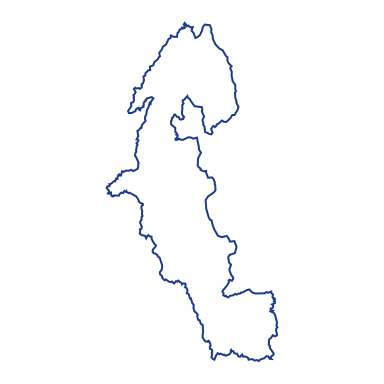 the district of Dien Bien, Điện Biên, Vietnam
{"feature_id": "81297802B1284717956892", "entity_name": "Dien Bien", "entity_type": "district", "adm_level": 2, "iso_a3": "VNM", "parent_name": "Vietnam", "parent_adm1": "Điện Biên", "projection": "equal_earth", "projection_center": [103.057, 21.255], "detail": "fine", "context": "isolated", "style": "outline", "palette": "blue", "viewbox_px": 384, "rotation_deg": 0, "n_neighbors": 0, "source": "geoboundaries", "source_scale": "gbopen_adm2", "svg_char_len": 6022}
<svg xmlns="http://www.w3.org/2000/svg" viewBox="0 0 384 384"><path d="M209.8,25.2L204.8,24.6L202.7,27.3L202.1,30.5L200.0,34.9L197.5,37.1L195.3,37.9L193.6,33.0L191.5,30.6L192.7,27.1L190.3,27.3L188.3,25.5L186.5,26.4L186.3,24.9L184.7,23.0L183.9,24.4L184.7,24.7L184.1,26.7L184.5,28.1L182.4,28.6L181.9,27.8L181.2,29.1L179.7,29.5L178.8,31.9L177.6,32.8L176.9,36.9L173.3,36.7L170.9,35.5L170.5,38.1L168.5,39.0L166.1,44.4L162.8,46.8L161.7,49.7L159.2,53.0L160.0,56.3L158.9,57.2L157.7,59.4L154.5,61.9L153.2,65.4L149.9,66.6L150.2,70.2L148.3,70.3L145.4,73.3L145.4,75.5L143.4,76.5L144.0,80.2L142.9,83.5L141.5,84.4L142.0,86.5L141.3,87.9L139.8,88.9L139.3,88.2L136.5,88.4L135.2,87.7L133.9,88.9L135.6,92.1L134.3,94.6L133.4,95.2L134.0,97.1L133.6,97.7L134.0,99.8L133.7,101.2L133.0,102.3L131.1,102.9L131.3,106.3L128.1,110.9L128.9,113.0L131.7,113.0L135.3,111.2L136.2,109.1L138.5,107.8L139.5,110.1L140.1,110.3L140.6,108.2L143.5,106.8L143.2,105.8L143.8,104.8L143.6,103.3L144.5,101.6L145.6,101.2L145.6,99.9L146.3,99.8L146.9,98.4L151.7,97.1L153.4,98.3L150.9,101.9L150.6,103.8L149.7,103.0L148.5,107.1L147.0,109.9L146.2,114.9L145.2,116.2L145.0,119.2L145.6,120.8L142.1,124.7L141.4,128.0L140.5,127.9L138.9,130.1L137.4,130.9L138.3,136.0L136.7,139.3L137.6,139.3L138.4,140.4L138.0,141.6L136.5,143.1L137.6,144.8L136.6,146.3L136.5,148.8L136.0,149.7L136.3,151.7L135.5,152.9L135.0,155.8L136.0,156.9L138.7,163.0L138.1,164.1L138.4,165.5L137.7,168.8L133.3,171.1L131.1,169.8L129.3,170.7L125.8,170.6L123.8,171.9L122.1,171.2L121.0,175.5L119.9,175.6L119.3,174.4L118.5,174.8L117.6,176.8L117.5,178.9L116.0,178.8L115.3,181.2L114.3,181.0L111.1,183.7L109.3,184.2L109.8,185.2L109.4,186.2L107.5,186.3L106.6,187.9L109.3,191.3L107.9,193.5L109.0,193.8L111.0,192.7L111.4,195.6L112.2,196.4L113.3,195.8L113.7,196.2L114.4,195.4L118.8,195.7L119.7,193.9L121.3,192.6L123.1,193.0L124.3,191.0L125.5,191.8L126.3,191.0L126.5,191.8L128.6,193.1L129.5,192.7L136.0,196.2L137.8,198.7L139.4,202.3L142.8,203.8L143.0,204.9L141.7,205.8L141.4,206.9L141.4,208.7L142.2,210.9L141.9,214.5L142.6,215.9L141.6,217.1L141.6,219.3L140.0,222.3L141.9,227.0L141.3,228.9L139.9,229.4L140.2,232.0L139.7,233.6L141.7,235.1L144.9,235.8L146.2,238.3L147.3,235.8L148.4,235.1L149.5,236.4L151.5,236.6L151.6,238.7L152.5,240.7L154.4,244.0L155.8,245.0L155.7,246.4L152.9,249.6L152.6,251.6L153.6,253.2L155.2,253.5L157.6,255.3L157.8,256.6L159.6,257.6L162.1,265.0L162.2,267.0L161.6,270.0L160.0,272.0L159.7,273.1L160.3,274.7L161.9,275.8L162.3,277.9L164.6,280.3L165.9,279.5L169.1,281.7L170.9,282.2L171.9,281.5L174.1,283.5L176.1,281.1L177.5,281.7L178.3,280.6L181.7,283.3L182.0,284.2L182.5,283.5L185.3,283.6L185.7,285.3L185.1,287.3L186.6,288.0L187.3,289.6L187.5,290.9L186.8,293.1L188.7,294.2L190.0,298.4L190.9,298.4L192.3,303.2L193.7,304.8L193.5,308.1L194.4,311.3L196.7,313.2L197.7,314.7L197.2,316.3L198.1,319.8L199.7,320.4L200.8,323.8L202.7,325.0L203.1,331.6L202.5,337.1L204.2,340.2L205.7,341.5L207.6,341.7L208.3,340.8L209.5,341.5L209.5,342.6L210.3,343.8L210.6,345.7L209.8,346.8L210.0,348.9L211.7,349.4L212.4,351.8L211.7,352.7L212.0,354.6L211.5,357.3L212.8,358.9L214.4,359.7L215.9,355.9L217.7,353.2L219.4,354.2L220.4,353.6L223.3,355.0L224.2,354.6L225.5,355.7L229.4,354.3L230.9,352.4L230.8,350.2L231.2,349.8L231.8,351.1L233.4,351.2L234.0,352.8L235.7,353.7L237.0,353.6L238.4,356.4L240.0,356.8L242.1,354.5L243.1,356.7L244.2,356.3L246.9,357.1L248.1,357.9L248.6,359.7L252.2,359.1L254.9,360.6L257.0,360.0L258.8,361.0L260.5,359.4L264.0,358.3L266.6,356.1L268.4,356.5L269.5,358.7L271.4,358.9L270.7,358.2L271.2,356.4L273.3,355.0L273.7,353.5L269.7,347.6L270.1,346.2L268.8,344.8L269.1,339.4L270.9,338.0L272.8,335.2L274.8,336.4L277.1,335.3L276.1,330.5L276.3,328.4L277.4,327.3L276.5,325.5L277.0,322.3L274.9,314.5L273.7,312.8L272.0,312.1L272.9,311.0L270.5,311.1L270.9,310.5L270.5,309.0L270.8,308.4L272.4,308.5L273.2,306.6L273.2,305.6L272.0,304.4L275.0,303.0L274.9,301.4L273.9,301.2L274.9,299.4L273.5,299.1L273.3,298.6L274.0,298.1L272.5,297.1L273.0,294.5L271.6,293.4L271.2,291.6L267.9,292.8L266.3,292.0L264.8,293.3L255.3,293.5L252.0,292.3L249.4,289.5L246.8,290.1L242.8,292.4L241.3,292.4L240.0,293.7L238.8,293.5L236.5,294.6L235.1,293.9L233.1,295.3L230.1,295.8L228.4,297.4L226.3,296.6L225.9,295.8L224.7,296.1L223.3,295.2L223.6,293.4L222.4,291.8L222.8,290.6L227.2,285.3L228.9,282.1L228.6,280.3L229.6,279.8L231.8,280.8L233.3,278.9L233.1,277.4L231.2,274.9L229.5,270.5L229.4,269.3L231.0,264.8L229.0,262.4L228.3,257.1L229.6,254.9L234.9,253.1L236.4,247.6L236.4,246.3L234.4,241.1L230.0,241.7L228.8,238.7L226.8,236.0L221.8,237.1L218.0,235.9L214.3,229.4L212.7,225.2L211.6,220.3L209.9,219.7L208.5,216.8L206.2,208.5L205.6,200.1L208.1,196.4L214.0,192.3L215.5,190.1L215.2,185.1L214.6,183.9L214.9,182.5L213.5,179.0L212.0,177.4L208.1,177.8L206.1,172.7L206.1,170.9L204.0,171.4L200.5,169.9L200.6,168.6L198.5,167.0L197.7,165.6L198.1,158.3L201.0,152.6L198.9,149.5L198.9,147.1L196.9,137.6L193.1,138.7L190.9,137.5L188.2,137.3L183.1,139.8L180.9,139.7L178.8,138.6L177.5,139.9L175.6,139.9L175.5,139.0L177.3,137.0L177.7,135.2L176.3,134.6L176.9,134.0L176.6,132.9L175.4,132.2L175.2,127.7L171.2,124.6L171.0,121.1L171.6,120.7L172.1,117.8L173.0,117.5L174.3,114.5L175.0,114.5L177.1,116.8L178.7,117.1L179.5,119.0L181.1,119.7L182.3,118.6L183.2,119.0L184.1,116.9L182.8,115.7L181.9,113.3L182.4,108.4L182.2,105.4L183.6,103.5L182.6,101.6L182.8,100.3L184.0,99.9L187.4,96.0L188.0,97.8L190.1,99.3L190.5,100.6L194.6,106.2L201.9,107.2L202.3,109.7L201.8,111.4L204.1,116.6L202.6,119.4L202.6,120.9L203.3,122.9L203.2,124.6L204.5,126.4L205.0,131.8L209.4,133.9L211.5,134.3L212.6,132.6L211.1,129.2L212.9,126.2L213.8,126.0L215.0,127.1L216.0,126.3L217.0,124.2L218.0,124.0L222.1,120.5L223.8,121.8L226.5,121.9L230.5,118.0L232.3,115.0L234.5,115.0L237.3,110.4L238.5,106.9L236.3,102.6L236.6,101.7L235.3,97.8L235.0,92.7L235.9,91.3L235.3,89.4L235.2,84.7L232.7,81.3L231.6,75.4L231.8,71.8L230.4,68.8L230.4,67.5L231.6,66.2L228.7,63.4L227.3,60.0L227.6,57.3L225.8,55.8L222.6,50.2L219.5,48.7L215.4,44.3L212.9,38.9L212.6,35.2L211.2,32.3L211.4,29.1L209.8,25.2Z" fill="none" stroke="#1e3a8a" stroke-width="2"/></svg>